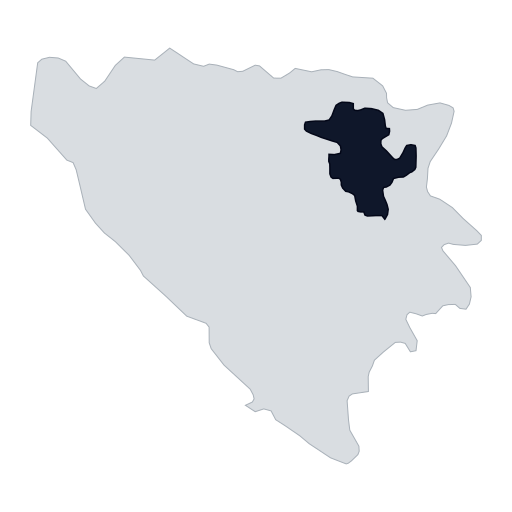 location of Tuzla within Bosnia and Herzegovina
{"feature_id": "BIH-2887", "entity_name": "Tuzla", "entity_type": "Canton", "adm_level": 1, "iso_a3": "BIH", "parent_name": "Bosnia and Herzegovina", "parent_adm1": "", "projection": "equal_earth", "projection_center": [18.577, 44.534], "detail": "fine", "context": "in_parent", "style": "filled", "palette": "ink", "viewbox_px": 512, "rotation_deg": 0, "n_neighbors": 0, "source": "natural_earth", "source_scale": "10m", "svg_char_len": 3187}
<svg xmlns="http://www.w3.org/2000/svg" viewBox="0 0 512 512"><path d="M453.1,107.9L454.1,111.3L451.5,123.1L446.6,135.9L438.6,149.1L430.2,161.6L428.0,168.3L427.4,178.8L426.4,187.1L427.6,191.6L430.4,195.9L439.7,199.2L452.4,207.6L463.1,218.5L476.9,230.8L481.3,235.4L481.3,240.4L477.3,244.1L465.5,245.4L453.3,244.4L448.6,243.1L444.2,244.6L441.5,247.4L442.9,250.8L455.6,265.8L470.3,287.5L471.1,296.8L469.4,304.1L466.0,309.2L459.9,308.4L455.3,304.4L448.3,304.6L442.8,305.8L435.7,313.6L432.2,313.3L426.1,314.5L422.3,316.0L416.2,313.8L409.8,312.2L407.0,314.7L405.8,319.3L409.8,327.6L417.2,340.7L416.0,350.7L410.4,351.8L405.2,343.4L400.5,342.1L395.3,342.4L383.3,352.1L374.4,360.2L372.4,365.9L369.2,372.1L368.2,376.6L368.4,391.5L352.4,393.9L349.1,396.1L347.1,400.7L348.5,419.9L349.8,430.2L358.9,446.2L359.2,451.2L357.9,454.6L351.4,460.9L348.3,463.2L346.2,463.9L335.6,459.8L330.5,457.8L309.2,443.7L299.8,435.8L284.9,425.6L275.7,419.7L271.1,410.9L263.8,408.9L255.2,411.7L245.4,405.3L252.4,402.0L254.1,398.9L253.2,394.8L250.2,389.2L224.0,365.1L211.2,348.7L209.2,342.8L209.1,327.1L206.1,323.3L186.8,316.2L165.5,295.9L143.4,276.0L140.5,270.4L129.2,255.4L115.4,241.7L104.4,233.0L95.4,223.1L85.5,209.2L80.6,188.3L76.2,169.8L73.1,162.6L66.8,160.1L47.3,138.1L30.7,125.4L31.1,111.6L34.2,88.7L37.7,62.8L41.8,59.2L49.5,57.3L58.2,58.0L65.7,61.2L80.5,79.0L89.1,85.9L96.3,88.5L104.8,81.1L115.3,65.4L124.4,57.1L154.7,60.1L169.7,48.1L193.6,63.9L203.6,66.3L209.2,64.1L216.8,65.1L233.7,69.7L237.6,71.7L242.7,71.3L255.2,65.2L259.5,65.9L273.7,78.1L280.9,78.2L289.6,73.0L295.2,68.4L311.6,71.8L321.0,69.8L328.8,69.6L337.3,71.6L345.1,74.4L352.6,76.9L372.9,78.2L382.7,85.9L386.5,93.3L386.6,97.9L387.6,102.8L393.2,107.6L405.5,110.3L413.2,109.7L417.3,109.4L427.7,105.1L440.0,102.9L448.9,105.4L453.1,107.9Z" fill="#d9dde1" stroke="#a8b0b8" stroke-width="1"/><path d="M329.0,154.3L334.4,154.6L340.4,153.3L341.1,149.8L340.4,145.9L337.2,142.4L332.0,140.9L327.2,139.3L321.3,137.4L316.5,135.4L311.3,133.5L306.4,131.1L304.6,129.1L304.6,124.8L305.5,122.2L310.1,121.5L315.2,121.1L324.4,121.1L329.1,120.0L331.9,115.9L334.4,109.2L336.1,105.3L339.1,103.3L341.9,102.2L349.3,102.5L353.3,103.6L353.3,107.1L353.3,108.8L354.6,110.3L357.8,110.6L360.7,109.9L364.8,108.2L371.4,108.6L378.4,110.3L382.9,113.4L384.6,119.7L385.3,125.8L386.1,128.4L389.4,128.6L389.6,131.2L388.8,134.7L385.6,136.6L382.3,138.6L380.9,140.3L380.8,143.8L381.9,146.8L386.5,151.0L392.8,157.9L394.7,159.5L397.0,159.5L399.7,158.2L403.0,152.7L405.2,147.9L406.7,145.5L410.9,144.7L415.1,145.5L415.9,147.9L416.1,155.5L416.1,156.8L415.8,167.3L414.8,169.5L411.8,171.9L409.8,172.6L406.4,175.2L403.4,177.0L398.7,177.2L393.5,178.5L392.0,182.2L389.9,185.1L386.3,187.0L383.6,187.4L382.6,190.1L383.5,196.4L385.3,200.3L387.0,204.5L388.2,209.3L387.5,214.5L385.0,219.1L384.8,219.3L382.0,215.6L375.5,215.6L367.4,216.0L365.0,215.1L363.8,211.9L360.6,211.9L358.0,211.4L357.4,210.6L357.4,206.2L355.7,200.9L354.7,195.5L352.5,193.7L348.5,191.8L345.7,191.3L342.7,188.1L341.3,185.0L341.3,182.2L340.4,179.3L338.7,178.2L332.9,178.4L331.1,177.1L329.9,173.9L329.9,170.8L329.9,167.7L329.8,164.0L328.8,161.4L328.8,159.2L329.0,156.3L329.0,154.3Z" fill="#0f172a" stroke="#020617" stroke-width="1.5"/></svg>